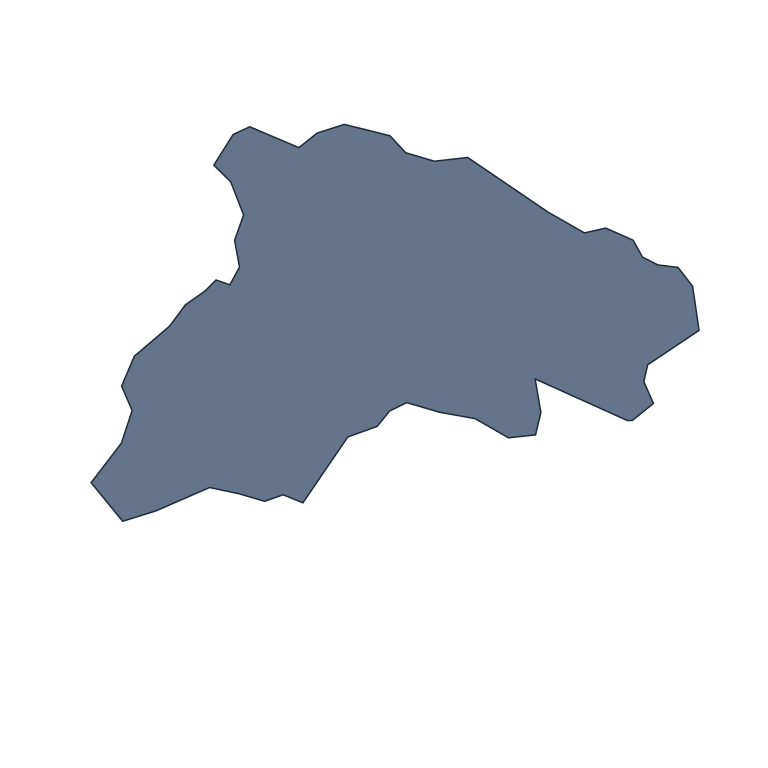 outline of Ak-Talaa, Naryn, Kyrgyzstan, rotated 208°
{"feature_id": "92254566B17697144541552", "entity_name": "Ak-Talaa", "entity_type": "district", "adm_level": 2, "iso_a3": "KGZ", "parent_name": "Kyrgyzstan", "parent_adm1": "Naryn", "projection": "equal_earth", "projection_center": [74.786, 41.313], "detail": "fine", "context": "isolated", "style": "filled", "palette": "slate", "viewbox_px": 768, "rotation_deg": 208, "n_neighbors": 0, "source": "geoboundaries", "source_scale": "gbopen_adm2", "svg_char_len": 855}
<svg xmlns="http://www.w3.org/2000/svg" viewBox="0 0 768 768"><g transform="rotate(208 384 384)"><path d="M179.1,625.0L198.1,617.7L215.4,617.4L231.4,627.9L261.3,625.8L278.0,611.5L319.9,612.8L416.5,623.3L444.2,604.3L473.4,598.4L495.3,606.0L540.9,594.6L560.7,574.4L570.2,552.7L623.3,548.1L634.3,533.6L637.0,497.3L614.2,490.5L587.3,467.3L583.4,440.8L566.4,419.3L566.7,399.2L581.1,397.0L585.7,382.1L596.5,360.8L600.5,334.4L617.5,291.3L614.7,259.0L593.9,242.3L588.1,208.5L596.3,159.4L550.3,140.1L525.9,164.8L489.4,210.7L460.5,219.0L434.3,224.4L421.1,238.8L399.8,241.0L391.1,320.2L370.1,343.5L366.3,362.9L355.2,378.2L321.7,385.1L287.2,396.2L285.2,396.1L248.9,394.9L226.3,410.2L232.1,432.5L252.9,459.4L151.7,466.0L147.6,468.5L137.0,493.3L155.7,508.1L160.2,524.7L131.0,579.3L157.4,615.2L179.1,625.0Z" fill="#64748b" stroke="#1e293b" stroke-width="1.5"/></g></svg>